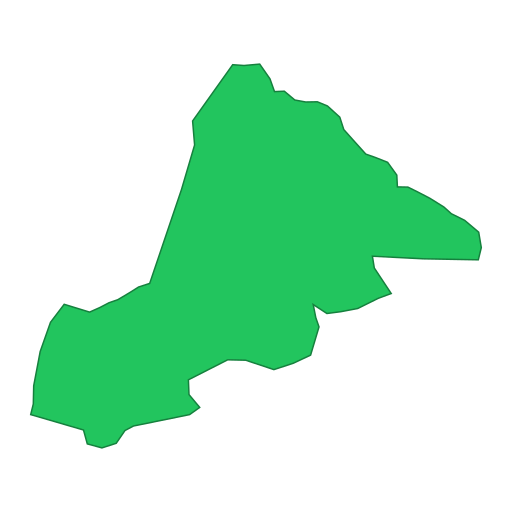 Mato Grosso, Paraíba, Brazil
{"feature_id": "56859067B53258428932358", "entity_name": "Mato Grosso", "entity_type": "district", "adm_level": 2, "iso_a3": "BRA", "parent_name": "Brazil", "parent_adm1": "Paraíba", "projection": "albers", "projection_center": [-37.732, -6.546], "detail": "fine", "context": "isolated", "style": "filled", "palette": "green", "viewbox_px": 512, "rotation_deg": 0, "n_neighbors": 0, "source": "geoboundaries", "source_scale": "gbopen_adm2", "svg_char_len": 955}
<svg xmlns="http://www.w3.org/2000/svg" viewBox="0 0 512 512"><path d="M30.7,414.6L83.5,430.0L87.3,443.9L101.9,447.9L116.2,443.3L125.0,430.5L133.5,426.0L189.6,414.6L199.7,407.4L189.0,394.6L188.4,379.8L227.7,359.8L245.6,360.2L273.9,369.6L293.4,363.2L310.6,355.1L319.0,326.9L315.8,317.7L313.2,304.5L326.9,313.5L340.8,311.7L357.7,308.5L378.3,298.3L391.2,293.5L374.3,268.0L372.4,256.2L423.1,258.8L478.3,259.8L481.3,247.6L478.7,232.2L464.6,220.3L451.3,213.7L444.0,207.1L429.9,198.3L417.2,191.7L407.9,187.1L397.4,186.9L396.8,175.1L387.6,162.3L374.9,157.3L365.8,154.1L354.9,142.0L343.8,129.6L339.8,117.2L327.5,106.0L317.4,101.8L305.7,102.0L294.8,100.0L284.3,91.2L274.5,91.6L270.0,78.9L259.7,64.1L244.0,65.5L232.7,64.7L192.6,121.0L194.6,145.0L181.5,189.5L149.7,283.4L138.6,287.0L129.9,292.5L117.8,299.7L109.1,302.7L99.9,307.5L89.6,312.1L64.2,304.3L50.5,322.3L40.2,351.5L33.7,385.8L33.3,404.0L30.7,414.6Z" fill="#22c55e" stroke="#15803d" stroke-width="1.5"/></svg>